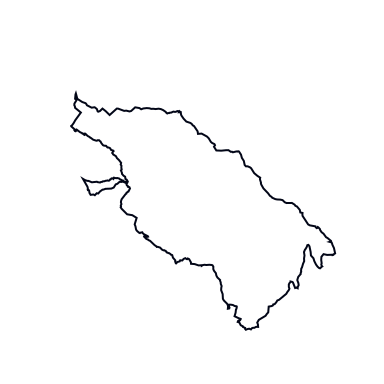 Uricani, Hunedoara, Romania, rotated 54°
{"feature_id": "2599482B26293441607142", "entity_name": "Uricani", "entity_type": "district", "adm_level": 2, "iso_a3": "ROU", "parent_name": "Romania", "parent_adm1": "Hunedoara", "projection": "natural_earth1", "projection_center": [23.022, 45.316], "detail": "fine", "context": "isolated", "style": "outline", "palette": "ink", "viewbox_px": 384, "rotation_deg": 54, "n_neighbors": 0, "source": "geoboundaries", "source_scale": "gbopen_adm2", "svg_char_len": 6094}
<svg xmlns="http://www.w3.org/2000/svg" viewBox="0 0 384 384"><g transform="rotate(54 192 192)"><path d="M238.4,246.5L240.2,247.0L240.5,246.7L240.0,245.2L240.9,242.7L240.3,241.7L241.7,240.1L241.2,238.1L241.6,236.3L243.1,235.8L243.5,235.4L243.3,234.5L244.7,233.8L248.2,234.2L249.5,235.0L251.9,232.2L255.3,229.8L256.9,227.2L257.4,227.5L257.5,226.2L258.2,224.7L259.5,223.3L261.1,220.7L262.6,219.0L263.3,218.5L264.9,218.6L266.9,220.1L268.6,220.5L271.7,220.4L273.9,221.4L276.1,221.7L279.7,221.0L280.1,221.4L282.0,221.9L283.2,222.7L285.5,223.3L286.8,224.7L288.5,226.1L292.6,227.2L296.6,229.8L298.5,230.0L302.8,229.3L304.1,229.4L305.8,230.1L307.5,231.6L308.1,230.3L307.5,229.6L306.8,229.6L306.0,229.0L304.1,229.0L304.5,228.9L305.9,226.9L307.5,225.3L309.3,224.5L310.7,223.1L311.2,223.2L312.6,224.7L313.0,225.6L315.3,227.7L317.5,230.6L321.6,228.4L323.3,227.2L323.6,227.5L324.0,228.6L323.9,229.1L323.4,229.9L323.4,230.5L324.0,231.4L325.3,230.4L328.4,230.9L330.6,229.8L331.1,230.1L333.2,228.9L333.9,229.5L335.1,229.4L335.4,227.9L336.2,226.1L337.8,225.1L337.4,223.7L337.7,222.5L338.5,221.4L338.8,219.3L340.0,217.8L337.9,216.5L336.0,216.0L334.7,213.1L335.4,205.2L334.7,203.4L334.2,201.1L329.8,197.3L331.1,194.6L331.3,193.3L330.7,192.3L331.3,191.1L330.8,188.8L329.9,186.7L330.4,185.0L329.8,175.6L328.8,173.3L328.4,171.7L327.5,170.0L325.8,169.5L323.7,168.0L323.0,166.7L322.8,165.3L322.3,164.9L323.7,163.7L324.5,163.5L330.3,165.0L330.8,163.3L331.5,163.4L332.0,163.1L331.1,162.4L330.0,160.4L328.0,159.4L325.4,158.7L324.8,158.2L323.1,155.9L322.2,152.2L321.5,151.9L320.7,150.5L320.1,150.3L318.2,148.6L317.7,147.4L315.3,144.3L313.9,141.9L311.6,140.4L309.5,138.3L306.4,136.7L305.0,134.4L304.9,133.7L303.9,131.5L302.8,129.9L303.2,128.9L305.0,128.9L310.3,131.3L313.3,133.1L317.0,132.7L319.9,133.7L323.6,134.3L326.2,134.3L328.1,133.9L329.0,133.3L328.8,131.3L328.4,130.9L328.6,130.4L327.7,130.4L326.5,129.9L325.9,129.0L322.9,127.4L320.5,125.4L319.6,122.1L322.3,119.7L325.2,115.4L325.6,115.5L325.9,114.7L325.6,114.5L325.8,112.3L320.8,110.1L317.1,109.4L315.6,108.8L314.6,108.9L313.2,110.0L313.6,108.7L313.6,108.4L313.3,108.3L308.9,109.4L307.4,110.1L303.0,110.1L300.7,110.8L298.1,110.7L297.1,110.3L294.8,110.6L294.4,110.8L294.8,111.3L294.6,112.3L293.3,112.6L292.4,112.3L288.2,116.3L286.5,117.1L276.4,116.6L275.2,116.0L273.9,114.9L272.2,116.4L269.8,115.3L265.4,115.6L263.9,116.5L262.6,116.4L259.6,117.6L256.5,122.0L254.8,123.0L251.8,123.5L250.0,125.1L248.1,127.5L246.7,128.8L243.7,130.5L242.7,130.5L240.8,131.2L237.8,131.2L231.1,132.1L226.8,131.6L225.7,131.3L225.0,130.7L222.0,129.7L221.3,129.3L220.5,128.4L217.4,129.6L213.3,130.6L207.5,130.2L206.1,130.6L203.9,131.9L202.9,133.3L201.1,133.5L197.3,131.8L193.7,131.6L190.6,130.4L186.9,130.2L186.1,130.8L186.0,131.5L185.3,132.2L183.9,135.6L182.9,136.0L182.3,137.0L179.6,137.9L178.2,139.9L175.8,144.0L172.7,147.9L168.3,147.6L167.7,145.9L166.4,145.7L164.2,146.9L162.5,147.3L158.4,146.9L155.9,147.3L150.4,149.9L148.5,153.0L146.2,151.8L139.9,151.6L138.5,152.2L136.8,152.2L135.2,152.7L131.7,155.2L127.7,155.7L123.8,155.6L122.6,155.2L120.7,154.1L120.4,154.4L120.2,155.0L119.9,154.9L119.7,155.5L119.4,155.1L119.2,155.4L118.8,155.1L118.5,155.9L117.9,156.3L117.6,158.0L117.1,158.8L116.1,159.7L115.7,161.0L115.7,161.8L114.6,163.8L114.7,164.1L113.9,165.3L113.9,165.9L113.0,166.2L111.7,166.2L108.8,167.2L106.7,168.4L105.0,170.0L103.5,172.7L102.0,174.3L100.8,176.1L99.2,177.3L97.5,179.3L95.8,182.3L95.2,184.5L93.2,185.2L90.1,188.2L90.7,193.6L90.1,195.2L87.5,197.4L86.5,199.2L81.1,202.8L80.3,203.8L81.3,213.4L75.9,214.3L71.9,215.4L72.4,218.9L71.9,220.7L71.2,220.9L69.0,220.2L66.6,220.8L66.1,221.1L64.8,223.6L60.1,226.0L58.6,225.8L57.6,225.9L54.7,227.9L49.2,230.0L44.0,228.0L44.6,228.9L47.9,231.8L49.3,231.1L49.8,231.4L51.4,235.2L52.6,236.2L53.9,236.4L55.2,237.1L62.4,235.2L65.3,244.2L66.8,247.5L67.6,250.1L67.6,251.0L67.9,251.1L73.0,250.0L73.0,250.8L73.5,250.8L73.5,250.1L74.7,251.2L74.2,249.9L74.5,249.3L74.2,248.5L77.8,247.4L80.0,246.2L80.5,246.3L81.2,245.5L82.0,245.7L82.7,245.4L82.7,245.2L81.7,244.5L82.1,244.0L85.3,243.5L87.4,242.5L88.3,242.4L88.9,242.0L91.6,241.2L94.2,239.3L94.6,238.8L94.7,237.8L95.6,236.7L96.8,236.6L97.4,236.3L98.9,236.6L101.8,236.5L102.8,235.9L104.1,234.4L106.3,234.2L106.9,233.4L108.0,232.7L108.7,232.5L110.2,232.8L112.4,231.3L112.9,231.5L113.0,232.4L113.5,233.6L114.1,233.5L115.3,233.7L118.3,232.5L120.5,232.8L123.2,232.3L126.8,232.2L127.9,233.6L129.2,233.6L131.1,235.1L132.3,235.5L132.7,236.0L132.7,236.8L135.3,237.4L136.2,238.0L138.6,237.8L140.3,237.1L142.4,238.2L143.6,237.6L145.8,237.8L146.3,238.6L145.6,238.8L143.8,240.6L142.8,241.1L142.1,241.1L141.5,241.9L140.7,242.0L139.5,242.8L138.3,243.0L136.8,244.2L136.5,244.9L136.1,245.2L135.3,246.4L134.5,246.7L134.6,247.5L135.1,248.0L134.1,248.4L133.8,248.8L133.7,249.6L134.0,250.2L133.7,251.0L134.0,251.5L134.1,252.3L133.8,252.9L133.0,253.5L132.9,254.0L132.2,255.1L131.8,256.6L131.0,257.8L131.0,258.7L130.4,259.7L130.3,260.8L128.5,262.6L127.8,262.9L125.3,267.3L122.2,269.2L121.4,270.2L119.4,271.6L117.3,272.5L126.4,273.5L128.0,274.2L128.6,274.9L129.3,275.1L129.7,274.4L130.4,274.4L132.5,275.5L134.7,275.7L136.1,273.2L137.5,272.5L137.0,269.8L138.1,268.8L137.5,266.1L137.5,263.0L138.0,262.2L138.6,260.1L141.8,255.3L142.4,252.7L141.0,249.2L141.5,247.6L141.2,244.7L142.4,243.1L143.0,241.8L146.1,240.0L148.3,240.8L149.4,240.4L150.1,240.8L151.3,239.8L152.7,240.1L154.3,243.2L154.0,243.7L154.2,244.3L154.1,245.4L154.7,246.0L154.7,247.1L156.5,253.2L157.6,254.7L158.6,255.6L160.3,256.2L161.0,257.5L162.1,258.0L162.4,258.7L164.2,258.8L171.9,257.6L175.7,253.9L180.4,252.0L184.5,257.4L186.5,257.9L189.2,259.2L190.2,259.4L191.5,259.3L194.0,258.7L194.6,258.3L194.5,257.8L195.4,255.9L196.2,256.1L197.9,255.7L201.8,253.7L202.3,253.8L202.0,254.6L200.1,256.2L199.7,256.6L199.9,257.0L203.2,256.5L204.6,255.5L205.3,255.5L206.9,254.6L213.0,253.5L215.2,252.7L215.7,252.8L216.3,251.9L218.2,250.5L221.1,250.1L222.5,249.3L222.9,248.6L223.6,248.4L224.1,247.9L226.0,248.0L226.4,247.5L227.5,247.1L227.8,246.6L229.5,245.9L230.3,245.9L231.4,245.1L233.9,246.0L237.5,245.7L238.4,246.5Z" fill="none" stroke="#020617" stroke-width="2"/></g></svg>